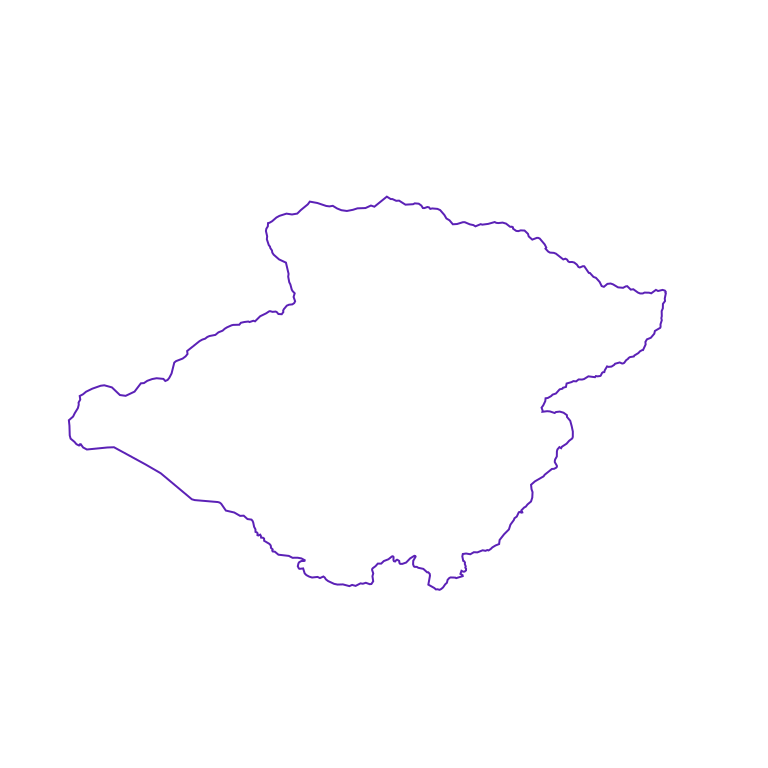 Santo Crucifixo, Ribeira Grande, Cabo Verde, rotated 50°
{"feature_id": "66160863B26577257957631", "entity_name": "Santo Crucifixo", "entity_type": "district", "adm_level": 2, "iso_a3": "CPV", "parent_name": "Cabo Verde", "parent_adm1": "Ribeira Grande", "projection": "mercator", "projection_center": [-25.106, 17.131], "detail": "fine", "context": "isolated", "style": "outline", "palette": "violet", "viewbox_px": 768, "rotation_deg": 50, "n_neighbors": 0, "source": "geoboundaries", "source_scale": "gbopen_adm2", "svg_char_len": 6165}
<svg xmlns="http://www.w3.org/2000/svg" viewBox="0 0 768 768"><g transform="rotate(50 384 384)"><path d="M284.2,230.5L280.5,234.2L279.6,236.0L277.6,236.0L276.3,237.0L275.2,240.0L274.2,241.1L271.3,240.7L268.2,241.5L265.4,244.3L265.0,246.1L260.4,252.3L253.2,254.6L251.5,256.9L247.7,258.7L246.6,260.0L242.3,261.4L242.0,277.4L238.9,279.3L237.3,285.1L232.4,291.4L230.6,295.8L227.6,301.2L223.5,304.9L219.4,307.1L214.6,308.7L212.9,311.6L210.5,313.8L202.5,318.7L196.6,323.6L197.4,326.9L197.3,336.0L197.7,340.9L195.0,345.5L190.8,349.2L188.0,356.0L187.3,359.4L187.4,365.1L186.9,368.0L186.2,369.4L188.6,371.7L189.4,374.3L190.9,376.1L195.8,378.6L197.8,380.7L203.6,383.0L205.4,383.0L206.8,383.7L209.7,384.0L211.5,385.1L214.0,385.4L221.1,384.3L228.0,381.1L238.3,386.3L240.2,388.4L245.2,391.2L247.5,391.7L252.4,394.0L254.1,394.3L257.1,394.1L259.2,397.3L263.5,398.9L264.3,400.8L264.1,403.0L262.2,405.8L261.5,408.1L262.3,412.6L262.9,414.0L264.2,414.9L264.8,417.5L262.5,419.9L260.2,419.9L258.9,420.4L257.1,423.0L254.9,424.5L254.5,425.4L254.1,428.9L252.5,435.3L253.1,442.5L251.6,443.4L250.1,447.2L248.9,447.8L246.7,451.2L245.1,454.3L245.6,456.7L241.9,461.4L241.1,462.9L239.7,467.8L239.3,470.5L239.4,473.4L238.0,477.6L238.0,481.6L235.1,486.8L234.4,489.1L234.3,491.9L233.2,494.6L232.6,497.7L232.2,513.6L234.7,515.2L235.3,518.2L235.1,521.9L232.8,528.6L232.8,530.9L239.4,540.0L241.3,544.6L241.8,547.2L241.1,549.6L238.3,549.7L233.4,554.5L231.2,558.4L229.4,563.3L229.0,567.3L227.2,569.8L229.5,580.0L227.0,589.5L222.7,593.4L211.7,594.6L205.2,599.1L203.2,602.2L200.1,610.4L198.4,617.2L198.4,621.2L197.6,624.8L200.7,626.7L201.9,629.9L203.7,631.2L205.7,634.0L207.6,639.7L209.1,643.1L209.2,648.7L213.8,651.8L221.4,657.8L224.4,659.2L229.4,658.3L232.4,658.3L235.0,657.2L235.3,656.7L234.7,655.8L235.2,655.0L239.2,655.3L243.2,653.7L254.9,636.6L258.9,631.5L292.3,618.4L308.9,612.4L348.8,605.3L351.3,603.6L367.6,587.2L369.2,586.1L371.1,585.7L379.3,586.5L386.2,581.3L392.5,579.0L394.7,576.1L399.7,575.4L402.7,572.7L404.4,572.7L406.0,573.2L409.9,575.3L412.7,575.9L414.7,577.5L415.9,576.8L417.1,576.8L418.5,578.1L419.3,577.6L419.8,575.7L421.1,575.9L422.7,576.9L423.9,575.6L425.3,575.2L427.1,576.6L432.7,574.6L434.2,574.5L435.4,574.8L436.8,575.9L439.1,575.6L439.8,576.7L440.7,576.9L442.3,575.4L446.9,574.6L454.5,567.4L458.3,565.8L461.6,561.8L464.5,559.4L468.0,558.0L468.4,558.5L468.2,559.0L466.5,561.1L466.0,563.5L466.4,564.8L468.2,567.2L470.6,567.8L471.4,567.4L473.3,564.5L478.1,566.5L480.5,566.3L483.5,565.1L486.0,563.5L489.1,558.9L491.5,557.8L492.5,554.2L494.1,553.8L496.3,554.1L499.0,553.5L505.0,550.7L507.8,548.5L511.1,544.3L516.6,540.4L517.4,537.6L520.4,535.5L521.6,530.2L523.4,528.6L524.6,525.7L528.2,523.6L529.1,522.2L528.2,519.1L523.8,516.4L522.2,514.0L518.7,512.6L518.1,511.9L517.9,511.0L518.1,507.6L517.6,504.2L519.8,501.6L519.5,498.0L521.1,493.3L521.2,488.8L521.6,488.0L522.7,487.9L524.9,489.9L526.1,490.3L527.1,489.6L526.8,487.4L527.2,486.8L529.3,486.1L531.0,487.2L532.2,487.2L533.6,485.5L535.0,481.8L534.4,476.0L535.1,471.2L535.9,470.6L536.6,470.8L538.2,475.2L540.8,477.6L542.7,478.3L543.6,478.2L545.2,476.4L546.8,475.9L550.9,472.7L556.0,472.0L556.7,471.1L558.8,471.0L560.4,472.0L566.2,479.0L572.6,476.6L574.7,476.3L575.6,475.0L577.4,473.7L577.8,472.0L577.8,469.5L576.8,465.9L576.7,463.6L574.9,461.1L574.6,458.5L575.0,457.3L578.1,453.9L579.1,453.5L581.8,447.2L581.0,446.7L578.6,447.5L576.9,444.7L578.6,444.0L579.5,442.9L579.5,441.0L578.3,439.9L577.0,439.8L576.2,438.6L573.8,437.8L572.9,436.8L571.4,436.5L570.4,437.0L566.4,434.8L564.9,432.9L566.6,430.1L569.9,427.3L570.6,423.3L573.0,420.7L574.8,415.3L577.0,413.5L577.6,411.6L578.7,410.9L579.0,408.3L578.8,406.1L579.4,402.3L580.6,398.7L577.8,395.7L576.3,388.6L575.7,381.8L573.0,377.5L571.7,372.1L570.7,370.3L570.9,367.5L568.9,363.2L569.2,362.4L571.0,361.3L571.3,360.6L570.6,360.3L569.6,360.6L569.1,360.0L568.7,356.0L569.1,354.2L568.5,351.5L568.5,346.9L566.3,343.4L562.3,339.7L559.4,338.6L555.7,336.1L555.6,331.0L557.3,321.0L556.8,319.3L557.0,310.0L558.3,308.2L558.8,305.8L558.5,304.7L557.7,304.1L553.7,303.4L552.8,302.7L551.8,301.4L550.6,298.2L546.7,294.8L545.6,293.2L545.1,290.2L547.0,289.6L546.4,288.0L547.1,282.5L546.5,278.6L546.7,274.8L545.9,273.4L541.8,269.9L536.9,267.3L531.9,265.0L526.9,265.0L525.4,263.9L521.4,264.9L518.1,267.1L516.0,270.3L515.9,271.9L511.7,274.5L509.7,276.5L507.1,280.5L506.4,279.6L503.4,278.5L502.7,275.7L500.8,271.5L498.8,269.4L500.0,267.5L500.7,263.7L500.5,261.7L501.8,258.4L501.0,252.9L502.3,250.3L501.9,249.4L503.2,246.5L501.0,243.8L503.1,239.1L503.5,237.1L505.5,235.1L505.6,232.0L507.9,229.4L508.8,227.6L509.5,222.5L514.4,218.0L514.1,216.6L515.4,215.5L516.8,213.3L516.9,212.6L515.7,209.9L515.7,208.8L516.5,207.6L515.4,206.0L513.9,201.8L515.2,201.0L516.9,198.5L517.3,195.3L517.0,194.0L519.0,189.6L521.4,188.4L521.9,187.6L522.2,186.4L521.4,183.1L521.6,181.0L521.3,179.9L521.5,178.3L523.5,174.9L523.1,173.9L523.8,169.3L523.5,166.8L524.0,164.4L524.5,163.8L521.9,158.2L519.8,156.7L518.8,153.9L520.1,149.9L519.2,144.6L517.5,142.4L518.5,136.3L518.0,135.4L516.0,133.8L513.7,130.2L511.8,129.2L510.6,127.6L506.6,124.4L505.3,121.8L501.9,118.8L501.1,115.4L499.0,114.0L495.6,109.7L494.9,109.8L494.4,108.9L493.0,108.8L491.0,110.1L488.9,114.3L486.7,115.2L486.3,121.0L484.5,122.2L481.4,125.7L481.0,127.5L479.3,129.6L477.2,130.7L471.7,132.1L470.3,134.3L465.4,134.8L464.6,136.1L464.0,139.0L460.4,142.6L454.9,144.5L452.7,145.8L450.9,148.5L450.9,153.1L448.9,154.3L444.4,153.2L438.9,153.4L436.6,154.7L431.3,154.9L430.5,155.7L422.6,154.9L421.6,155.9L420.6,159.1L419.4,159.8L416.5,159.5L413.2,160.2L411.4,161.5L409.8,163.6L408.5,164.1L406.4,163.8L404.6,164.5L403.8,166.6L394.7,168.5L392.7,169.6L390.0,172.4L388.2,173.1L384.1,173.3L383.8,172.0L380.5,171.2L372.7,171.2L371.1,172.0L370.3,173.0L368.7,177.6L364.0,178.3L361.5,177.2L356.8,177.7L354.2,180.5L353.2,182.9L351.7,184.3L348.0,185.3L346.8,184.5L345.6,185.0L345.4,185.6L344.4,186.4L339.6,187.4L336.6,189.4L334.2,193.0L332.7,194.4L331.1,195.1L328.3,201.3L325.1,206.3L323.7,207.2L322.0,212.6L319.7,213.4L316.9,215.6L312.0,218.1L310.8,219.5L308.4,225.2L305.9,228.6L300.7,228.6L297.3,229.8L293.3,229.1L286.9,229.2L284.2,230.5Z" fill="none" stroke="#5b21b6" stroke-width="2"/></g></svg>